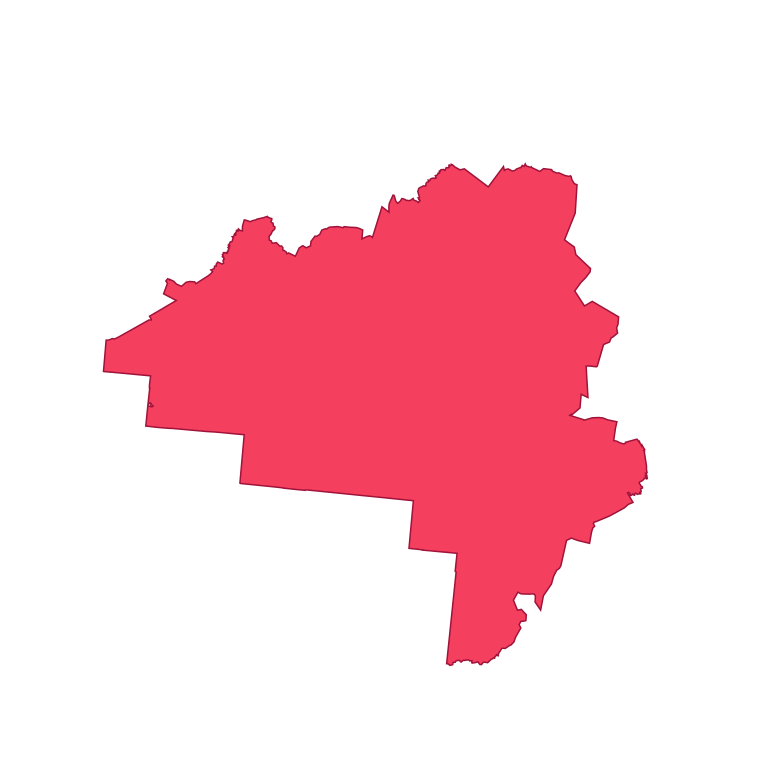 outline of Alsungas pag., Alsungas, Latvia, rotated 286°
{"feature_id": "27541924B56000157761411", "entity_name": "Alsungas pag.", "entity_type": "district", "adm_level": 2, "iso_a3": "LVA", "parent_name": "Latvia", "parent_adm1": "Alsungas", "projection": "mercator", "projection_center": [21.563, 56.984], "detail": "fine", "context": "isolated", "style": "filled", "palette": "rose", "viewbox_px": 768, "rotation_deg": 286, "n_neighbors": 0, "source": "geoboundaries", "source_scale": "gbopen_adm2", "svg_char_len": 6159}
<svg xmlns="http://www.w3.org/2000/svg" viewBox="0 0 768 768"><g transform="rotate(286 384 384)"><path d="M380.7,140.3L355.7,115.6L353.1,112.7L352.7,110.1L351.7,109.1L350.1,106.7L349.6,104.8L318.7,110.9L327.5,157.4L318.9,158.7L315.7,159.5L315.8,159.9L298.8,162.8L301.5,164.5L300.9,165.6L299.9,165.6L299.5,167.9L298.6,167.9L298.0,167.0L297.9,166.2L298.5,165.4L298.0,164.8L297.8,163.7L297.2,163.1L277.9,166.6L280.0,179.0L282.4,190.9L282.7,191.5L289.5,226.9L291.2,234.5L296.7,263.6L249.0,272.8L248.8,273.4L255.1,308.4L256.4,316.2L256.2,316.2L258.5,329.2L260.1,337.8L260.8,338.4L279.9,444.4L232.9,453.3L235.2,466.7L234.9,466.7L241.4,500.9L223.7,504.0L223.4,504.2L223.4,504.8L222.9,505.2L132.4,521.3L132.6,523.1L131.7,524.7L133.1,527.4L135.4,527.1L136.1,529.1L137.2,529.2L138.7,531.1L139.0,533.0L138.0,534.3L138.0,534.8L140.3,536.4L140.6,538.1L141.1,538.6L142.1,541.5L141.4,542.7L142.3,544.8L140.5,545.1L140.0,545.6L141.3,548.5L142.8,550.9L140.8,553.4L141.1,555.0L143.9,556.2L144.3,557.3L144.7,560.5L149.2,563.1L149.8,564.2L150.9,564.6L150.9,565.9L152.4,565.8L153.6,566.6L154.8,566.8L154.2,568.0L154.3,568.8L155.4,568.4L156.8,568.5L162.2,570.1L162.6,570.5L163.2,573.4L167.5,577.0L168.1,578.0L171.9,580.0L177.0,580.3L187.2,582.8L189.9,580.2L193.6,581.0L194.2,582.9L195.6,585.6L201.4,584.4L205.2,578.1L203.3,574.7L211.9,568.0L220.8,570.1L220.2,572.4L220.1,573.9L222.1,581.8L223.2,584.5L223.3,586.4L222.5,587.5L221.4,588.1L216.1,589.3L209.8,596.9L224.4,595.6L237.9,600.1L245.7,600.0L252.5,601.3L255.3,603.5L258.1,604.1L284.0,602.6L287.5,606.6L287.0,613.3L287.5,625.5L299.1,624.3L303.1,624.4L305.4,625.7L307.6,623.7L309.3,624.2L310.1,625.7L319.4,637.3L331.2,649.2L335.5,651.9L338.8,656.0L346.4,648.0L347.2,648.9L346.6,650.7L346.1,651.1L345.1,650.7L344.7,651.6L345.6,652.9L346.8,653.4L346.0,655.0L346.1,655.5L347.3,655.2L348.2,655.5L348.4,656.1L348.0,656.5L348.0,657.4L347.7,657.9L348.7,659.2L348.7,660.0L349.3,661.1L349.6,661.0L349.7,659.9L350.1,659.7L350.6,659.8L351.4,660.9L353.9,659.7L354.3,659.7L355.2,661.1L356.0,660.9L356.6,660.4L356.6,659.1L357.7,658.5L358.3,657.4L359.5,656.5L360.1,656.6L362.2,658.9L364.0,660.1L365.1,660.2L365.8,661.5L365.1,662.4L365.7,663.2L367.3,662.3L367.1,661.4L367.7,660.5L368.4,661.3L367.9,661.8L368.1,662.1L369.5,661.2L369.7,660.5L370.3,660.0L370.7,661.0L371.3,661.3L374.1,659.9L377.6,658.9L389.9,653.2L391.4,652.9L391.9,651.9L392.8,652.7L395.6,649.6L395.3,649.2L396.0,649.1L395.8,648.4L396.9,648.3L396.7,647.7L397.7,646.2L398.1,646.2L398.4,645.5L398.6,645.7L399.3,645.3L398.8,644.9L400.6,642.7L400.6,642.2L394.6,632.3L394.2,632.5L392.5,631.2L392.5,626.6L393.2,623.6L392.9,620.4L405.1,618.7L411.9,618.3L411.2,608.9L411.7,603.8L411.0,599.8L408.9,593.5L404.4,586.4L404.7,586.2L405.1,571.2L406.7,572.5L406.6,573.4L415.0,579.0L428.4,576.4L427.2,583.8L456.8,573.4L457.8,575.8L459.1,583.5L460.0,584.1L482.5,584.2L486.5,589.2L491.1,589.7L492.3,591.1L497.3,594.5L502.2,592.1L505.8,592.5L513.2,591.0L520.8,561.4L514.3,555.2L526.0,541.7L535.8,545.3L541.9,548.6L548.5,551.2L551.9,550.7L561.2,532.8L568.2,529.1L570.8,521.7L572.4,517.8L601.0,520.7L628.8,514.6L628.9,512.8L629.2,511.5L632.4,508.1L634.9,506.8L635.5,506.0L634.5,504.2L634.3,500.1L635.2,493.8L634.4,492.2L635.0,487.2L636.3,486.1L635.0,478.0L631.3,475.2L632.9,465.5L633.1,465.5L632.7,465.1L632.8,460.7L634.5,459.1L631.8,458.6L632.2,456.6L629.6,455.9L629.6,455.3L627.1,452.0L625.7,451.3L624.1,448.8L625.0,444.2L624.0,442.1L622.5,440.8L626.0,438.9L602.2,429.9L613.0,401.9L610.8,398.1L612.1,392.5L613.5,389.6L613.7,388.2L613.0,388.5L612.3,387.8L612.6,386.3L611.7,386.1L610.1,386.9L609.4,386.0L609.2,384.2L606.2,383.7L606.0,383.2L606.6,382.5L606.6,381.9L605.6,379.6L604.4,379.3L604.0,378.5L603.6,378.6L603.4,379.2L603.0,378.8L602.1,379.2L601.6,378.5L601.7,378.0L599.5,377.5L598.4,375.9L596.5,377.4L595.5,375.9L595.8,375.1L594.7,373.1L593.8,372.1L592.0,371.9L592.2,370.3L590.4,370.9L589.8,369.7L588.6,369.1L585.8,369.5L585.3,367.3L582.8,364.5L581.7,363.6L578.4,363.4L573.4,366.5L573.0,366.5L572.3,365.5L571.9,366.5L571.0,366.5L570.6,368.0L570.3,368.2L569.2,367.4L567.9,367.1L568.8,364.9L568.9,362.1L570.4,360.9L568.6,359.3L568.0,359.2L567.0,357.0L567.0,355.8L566.6,354.4L567.2,353.6L567.3,350.7L567.1,350.0L564.4,349.3L561.4,347.3L563.2,344.8L567.7,342.1L568.2,341.3L568.0,340.6L559.1,339.3L555.7,339.8L550.5,341.4L553.8,333.2L521.7,332.5L522.4,330.8L522.5,329.2L520.8,326.6L517.4,322.8L526.2,321.1L526.7,317.6L526.8,314.4L525.3,308.1L524.3,302.3L523.0,301.7L522.6,296.2L519.8,288.5L518.7,287.2L517.0,286.0L517.1,284.8L514.8,281.8L510.1,281.0L507.2,278.3L507.2,277.0L506.9,276.8L500.9,274.5L496.6,275.3L493.5,271.7L494.5,267.9L494.4,267.6L491.4,265.0L482.4,263.6L483.7,256.2L482.4,254.8L483.8,253.8L484.8,251.3L484.8,249.8L487.2,249.2L488.4,247.5L487.9,245.7L490.2,241.6L488.5,237.8L490.5,236.1L490.8,234.0L493.8,233.0L495.1,233.0L495.4,233.5L497.0,234.1L500.7,234.7L500.8,235.1L502.7,236.2L503.8,236.2L505.0,235.8L505.4,234.1L507.9,233.1L508.3,231.3L509.0,230.5L511.0,230.9L512.1,230.5L512.0,229.3L512.2,226.8L513.0,225.7L510.6,222.2L507.5,216.5L506.1,215.1L505.4,213.5L503.2,210.6L503.4,205.7L503.2,204.4L496.4,204.5L492.1,205.7L492.0,203.2L493.0,201.3L491.9,201.1L491.0,201.8L490.8,201.5L491.1,200.0L491.0,199.8L490.0,200.2L487.9,199.4L487.4,200.3L486.5,200.4L486.2,200.0L486.6,198.9L484.3,198.8L483.8,197.5L482.7,198.8L481.5,198.6L479.7,198.8L478.7,198.2L478.7,197.8L477.8,196.9L476.5,196.9L474.6,196.0L474.3,196.3L474.6,197.3L474.4,197.7L472.4,196.4L472.1,197.7L471.3,197.2L470.6,197.2L470.2,197.7L468.9,197.4L468.6,197.0L468.0,197.3L467.6,196.9L466.7,197.4L466.2,196.8L466.6,195.9L466.5,195.2L466.1,194.8L466.3,194.4L466.1,193.5L465.8,193.3L464.7,193.8L463.8,193.0L462.9,193.9L461.8,193.5L461.5,194.1L461.8,194.8L460.5,195.4L460.2,196.0L459.6,195.4L459.3,195.7L458.1,195.3L456.1,196.5L454.7,195.5L455.4,190.5L453.0,189.7L451.1,190.2L450.6,188.7L448.0,188.9L445.9,186.1L444.8,188.3L442.4,187.2L439.2,184.9L428.6,175.5L430.0,173.9L429.0,169.1L427.3,165.8L422.1,162.4L422.8,157.0L424.8,153.6L425.5,149.0L425.0,149.0L425.6,147.1L422.9,145.9L421.0,148.1L409.9,147.3L407.0,161.3L384.5,139.9L382.5,142.1L381.4,142.7L380.7,140.3Z" fill="#f43f5e" stroke="#9f1239" stroke-width="1.5"/></g></svg>